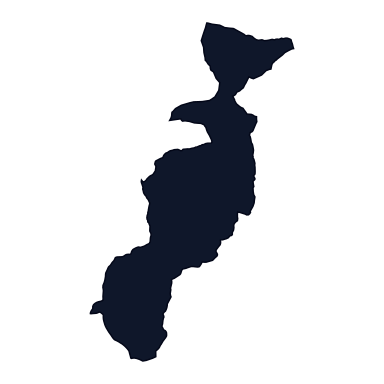 Dagala, Thimphu, Bhutan (orthographic projection)
{"feature_id": "84629894B90537236845167", "entity_name": "Dagala", "entity_type": "district", "adm_level": 2, "iso_a3": "BTN", "parent_name": "Bhutan", "parent_adm1": "Thimphu", "projection": "orthographic", "projection_center": [89.65, 27.288], "detail": "fine", "context": "isolated", "style": "filled", "palette": "ink", "viewbox_px": 384, "rotation_deg": 0, "n_neighbors": 0, "source": "geoboundaries", "source_scale": "gbopen_adm2", "svg_char_len": 6018}
<svg xmlns="http://www.w3.org/2000/svg" viewBox="0 0 384 384"><path d="M155.8,356.7L155.7,351.0L156.0,350.8L157.0,350.0L158.5,348.6L159.4,347.3L160.1,345.8L160.4,345.2L161.1,344.3L162.9,341.2L165.6,337.6L166.5,336.0L166.6,335.1L166.5,332.8L166.1,331.8L165.4,330.8L164.1,330.1L163.5,329.6L162.8,328.1L161.8,326.2L162.3,324.8L162.6,323.5L162.7,322.1L163.0,319.9L163.5,317.9L163.9,317.1L163.7,315.9L163.1,314.5L163.1,313.5L164.2,312.1L165.4,311.1L166.2,309.4L166.8,307.7L167.2,305.6L167.3,303.9L171.0,296.9L170.6,295.8L170.2,293.7L170.8,289.8L170.5,288.2L171.7,283.1L171.7,281.1L171.4,279.9L172.2,279.1L174.2,278.3L176.7,276.7L179.9,274.6L180.6,273.7L181.3,271.6L181.6,270.4L182.7,269.0L185.9,268.3L187.2,267.8L191.1,266.5L193.0,266.5L197.5,267.0L199.0,266.8L199.7,266.2L200.0,265.6L200.9,264.4L201.8,262.6L202.3,262.0L203.6,262.1L204.9,262.2L206.4,262.1L212.6,260.3L215.4,257.4L216.8,256.3L217.4,255.1L217.4,254.2L215.9,251.4L216.2,249.8L218.5,246.7L220.1,244.8L220.5,243.5L220.6,242.2L220.4,240.2L221.0,239.8L222.7,239.8L224.5,239.2L226.3,238.7L228.4,237.7L229.3,236.5L229.6,235.9L230.8,235.7L231.5,235.4L232.3,234.7L232.3,232.8L232.6,231.8L233.4,230.5L233.7,229.1L233.9,227.3L233.7,225.8L234.1,223.8L235.6,222.0L237.4,220.7L237.7,218.6L237.4,216.7L237.4,214.0L237.6,212.1L239.4,212.3L241.4,212.9L245.2,214.1L246.7,214.9L248.5,214.8L249.7,213.7L250.5,212.4L250.2,211.2L252.9,206.4L254.1,202.9L254.4,200.0L254.9,196.9L253.7,194.7L253.2,191.6L253.0,187.8L253.8,186.6L253.3,183.9L253.0,181.3L254.8,179.5L254.9,178.5L253.7,176.2L253.5,175.8L254.6,174.6L255.0,173.9L255.1,171.7L255.0,167.4L254.7,165.1L254.9,163.3L253.9,159.4L252.9,157.5L253.1,156.5L252.7,155.3L253.2,152.8L253.5,150.1L252.9,146.6L252.4,144.4L251.3,142.5L250.7,138.9L250.2,136.8L249.4,135.2L250.2,132.5L251.9,131.8L252.9,130.7L255.8,123.7L256.8,121.7L256.5,119.1L256.5,116.7L254.6,116.3L253.1,115.2L251.3,114.4L247.0,114.1L245.9,112.4L244.0,109.8L243.0,108.3L240.7,107.3L239.1,106.1L236.4,103.8L234.7,100.8L234.5,99.6L232.7,96.2L233.2,96.1L235.4,94.6L236.8,92.1L239.6,90.9L241.1,89.5L243.3,87.8L244.7,84.8L245.8,83.1L248.9,76.8L251.2,78.0L253.4,78.7L257.9,76.7L261.6,75.0L266.1,70.6L269.5,69.3L270.9,69.1L271.9,64.4L273.2,62.4L274.2,61.8L275.5,60.2L276.2,60.1L277.2,59.0L282.4,55.0L284.8,52.6L288.6,50.5L291.6,49.0L292.4,48.8L293.6,48.6L293.0,46.7L292.4,44.1L291.4,41.3L291.2,40.3L290.9,39.6L289.7,39.0L287.5,38.2L285.9,38.1L284.1,38.5L283.0,38.8L281.7,38.2L280.1,38.8L279.3,39.3L278.4,39.3L277.2,39.1L275.7,39.3L274.5,39.9L272.4,39.4L271.5,39.5L269.2,40.1L266.9,40.5L264.4,40.7L262.0,39.8L258.4,40.3L256.3,39.7L255.0,38.9L253.8,38.0L252.1,36.4L249.7,35.6L247.9,35.4L246.8,35.8L245.1,35.4L244.1,34.4L235.4,29.6L234.2,28.9L233.2,28.5L229.4,28.2L224.6,27.6L223.1,26.8L219.7,25.2L212.0,24.2L207.9,23.1L206.8,23.0L206.1,25.4L205.7,27.2L204.9,29.6L204.6,30.3L202.8,35.8L201.3,40.7L203.6,47.3L204.0,52.7L205.1,57.6L205.3,60.3L206.5,61.4L208.2,64.1L210.2,66.1L210.4,68.7L211.0,70.2L213.5,71.9L216.2,78.4L219.8,82.6L218.8,90.4L214.9,97.0L209.6,100.5L202.2,101.6L193.7,101.9L189.5,102.9L181.3,105.3L175.5,108.6L172.7,111.8L172.2,112.0L171.9,112.7L171.6,116.1L171.0,118.0L169.7,120.4L180.7,118.8L181.6,120.3L182.5,121.1L185.0,120.8L189.4,121.4L194.4,122.9L201.0,123.4L204.1,124.8L204.9,126.2L205.9,127.4L206.6,129.8L207.4,131.9L209.5,135.5L211.5,139.8L212.0,142.1L211.1,143.2L207.9,143.2L205.6,143.6L203.7,144.6L202.2,144.7L201.6,145.1L200.7,145.7L199.7,145.8L199.0,146.1L196.8,147.1L195.8,147.1L195.0,147.5L194.2,147.9L191.8,148.3L189.3,149.0L187.8,148.9L183.1,149.3L182.7,149.7L182.3,150.2L182.0,150.6L181.3,150.7L180.3,150.6L179.1,149.9L177.8,149.4L174.2,149.7L172.5,150.3L170.2,150.8L169.1,151.4L167.4,152.6L165.9,153.1L164.5,154.4L163.7,155.5L162.8,157.7L161.2,158.2L159.3,159.1L157.3,160.2L156.4,160.6L155.6,161.2L155.4,161.6L154.9,163.5L154.8,164.0L154.9,164.4L155.1,164.7L155.5,165.5L156.0,166.6L155.3,171.0L154.8,171.7L153.0,174.4L152.2,175.0L151.4,175.3L149.8,176.2L149.0,176.9L146.9,179.0L146.0,180.4L145.0,181.3L144.0,181.7L143.3,181.9L142.8,181.7L141.5,180.1L141.3,181.3L141.3,181.7L141.5,182.9L141.7,183.3L143.0,187.3L142.8,188.3L142.8,189.4L143.0,190.0L143.5,192.0L143.6,192.7L143.9,193.3L144.8,194.9L145.5,195.5L146.1,196.3L146.9,198.1L147.6,198.8L148.3,199.8L149.7,202.9L149.7,203.7L149.4,205.1L149.1,206.0L148.9,207.3L148.7,208.1L148.6,209.0L148.4,209.8L148.3,211.1L148.0,211.8L147.8,212.8L147.9,213.4L147.7,214.2L147.2,215.4L147.1,216.2L146.9,217.5L147.1,219.3L147.6,220.0L147.8,221.1L147.8,222.0L148.5,222.4L149.0,223.4L149.1,223.9L150.0,226.1L149.8,231.0L151.1,233.8L151.0,235.9L150.6,237.0L150.4,238.2L150.2,241.6L149.2,243.6L146.9,244.6L144.4,246.1L141.1,247.2L139.7,247.4L138.9,247.0L137.7,247.2L135.9,247.9L134.0,248.9L132.9,249.6L131.7,251.3L131.0,253.7L130.2,254.3L129.7,254.4L128.3,254.3L126.6,254.5L125.6,254.9L123.9,256.1L122.4,256.8L117.0,257.0L115.9,257.4L115.4,257.6L114.4,259.8L113.8,260.8L112.2,262.5L110.6,265.0L110.2,265.5L108.9,266.6L108.5,267.1L108.0,268.1L107.3,269.8L106.3,271.9L105.8,273.0L105.6,274.1L105.5,276.5L104.9,280.0L104.3,282.3L103.2,285.0L103.0,285.6L103.0,286.2L102.9,287.4L103.0,287.9L103.3,289.7L103.4,290.9L103.3,292.1L103.0,296.2L103.0,296.8L103.1,298.6L103.0,299.7L102.8,300.3L102.3,300.6L101.8,300.9L100.7,301.3L98.4,301.8L96.7,302.4L96.2,302.7L95.2,303.3L93.9,304.4L93.5,304.9L93.2,305.4L93.0,306.0L92.8,306.5L92.8,308.3L92.6,308.9L91.3,310.8L90.8,311.9L90.4,313.0L90.4,313.6L91.0,313.7L92.8,313.5L95.7,313.3L96.9,313.1L99.0,312.2L99.6,312.1L100.2,312.2L100.7,312.5L103.0,314.4L103.3,314.9L103.3,315.5L103.3,316.1L103.3,317.8L103.5,319.6L103.9,321.3L104.9,324.7L105.6,326.4L106.4,328.0L107.3,329.5L108.8,332.0L110.9,334.9L112.8,337.8L114.0,339.2L114.4,339.6L114.9,339.9L117.1,340.9L119.1,342.0L120.6,343.0L122.1,343.9L123.5,345.0L124.9,346.2L126.1,347.4L127.3,348.7L128.4,350.1L129.0,351.1L129.2,351.7L129.6,353.4L130.4,356.2L130.8,358.0L131.3,358.4L132.7,358.1L134.3,358.0L136.6,358.4L139.5,359.4L142.8,361.0L146.2,360.4L152.6,358.2L155.8,356.7Z" fill="#0f172a" stroke="#020617" stroke-width="1.5"/></svg>